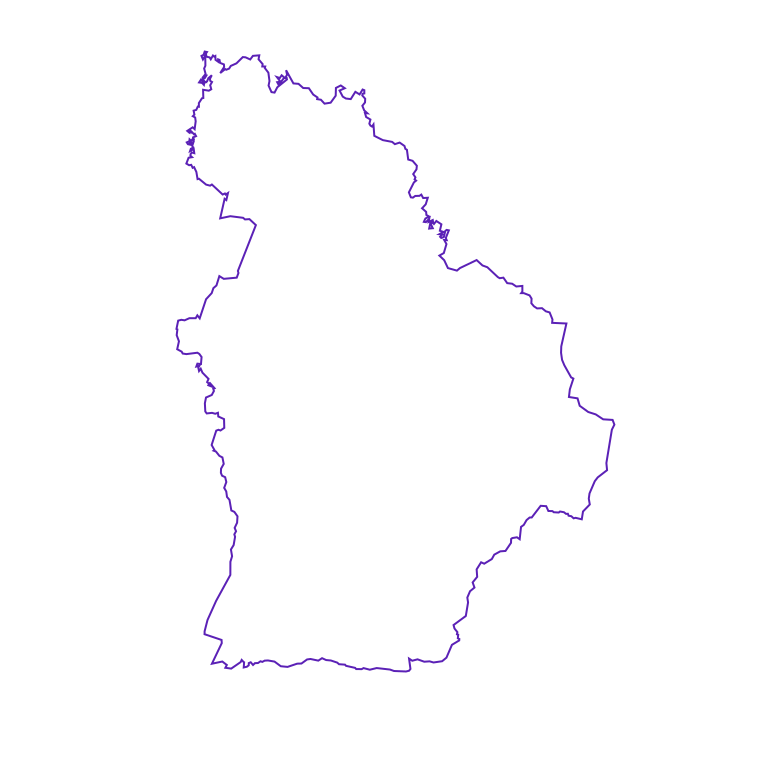 outline of Suciu De Sus, Maramures, Romania, rotated 279°
{"feature_id": "2599482B58467400013366", "entity_name": "Suciu De Sus", "entity_type": "district", "adm_level": 2, "iso_a3": "ROU", "parent_name": "Romania", "parent_adm1": "Maramures", "projection": "robinson", "projection_center": [24.066, 47.421], "detail": "fine", "context": "isolated", "style": "outline", "palette": "violet", "viewbox_px": 768, "rotation_deg": 279, "n_neighbors": 0, "source": "geoboundaries", "source_scale": "gbopen_adm2", "svg_char_len": 6134}
<svg xmlns="http://www.w3.org/2000/svg" viewBox="0 0 768 768"><g transform="rotate(279 384 384)"><path d="M340.7,616.0L374.5,616.2L379.9,617.9L384.3,615.4L383.4,606.0L387.1,597.9L388.3,590.1L393.1,580.7L400.1,577.4L400.1,568.7L407.8,568.4L419.0,570.2L419.8,567.8L430.7,559.2L435.7,556.1L442.5,554.0L448.9,553.2L472.3,554.7L470.7,540.5L474.1,540.3L480.6,536.4L481.1,532.5L483.6,528.2L482.6,523.4L484.2,519.9L486.8,516.9L491.4,516.4L494.3,513.9L495.6,507.9L495.2,505.3L497.0,506.2L502.5,505.3L501.0,499.4L503.1,494.9L502.9,489.9L507.7,485.3L506.6,481.7L507.4,479.7L515.5,467.8L516.5,462.7L520.9,456.1L510.4,440.9L507.4,438.3L508.5,429.0L515.7,424.1L519.5,418.6L522.7,422.6L532.0,423.8L535.7,420.9L535.9,423.4L537.9,422.2L545.9,424.0L546.0,421.8L544.8,420.6L538.6,420.1L537.2,417.7L538.2,416.4L540.7,418.2L540.6,415.2L543.5,419.0L544.1,415.2L550.7,415.7L553.2,410.2L549.9,408.3L551.1,406.9L549.5,405.1L545.5,407.8L544.6,404.3L551.2,404.6L552.0,407.0L553.6,406.5L551.0,402.7L554.4,402.8L550.4,400.1L550.4,398.0L553.9,399.0L556.5,402.3L557.6,399.4L560.6,398.7L563.5,394.1L568.0,397.1L574.8,398.1L573.8,393.6L576.9,391.2L575.4,389.6L574.6,385.4L572.6,383.4L572.6,381.3L577.2,378.6L587.8,382.0L589.9,383.9L590.9,382.2L593.0,382.7L595.9,380.0L601.1,382.5L604.7,382.3L608.9,377.3L609.5,372.8L618.9,370.0L619.6,368.3L622.3,367.0L624.9,361.7L622.6,357.2L624.4,354.2L624.7,344.7L627.6,335.6L638.7,333.0L636.4,331.9L637.1,330.2L638.8,328.8L643.1,329.2L644.9,324.6L648.7,322.8L648.8,325.2L651.2,321.6L655.4,319.1L659.1,321.2L662.8,320.8L665.6,317.4L667.3,317.5L667.9,319.1L671.1,318.6L671.5,316.8L666.2,314.6L668.1,310.0L660.2,306.6L660.0,301.7L661.4,298.3L666.9,294.2L670.0,299.0L672.1,294.6L668.9,290.2L661.2,291.2L653.5,287.3L651.6,281.4L654.9,277.2L654.9,273.4L656.6,273.5L658.8,268.8L664.4,263.5L663.7,257.9L667.1,252.6L666.7,247.5L678.6,238.2L674.3,239.9L671.5,238.8L671.0,237.8L672.9,234.6L669.9,233.2L670.4,230.2L666.4,234.4L665.4,231.3L662.9,233.2L670.4,237.2L671.0,240.0L669.6,240.5L660.4,232.2L654.7,230.3L654.7,227.2L660.7,223.3L665.3,223.5L673.4,221.1L677.5,216.8L679.0,217.0L678.6,214.1L681.0,214.1L685.1,209.3L689.1,209.4L687.6,203.2L683.6,201.1L685.0,196.1L684.8,193.4L677.6,188.1L674.2,182.9L671.3,181.7L669.7,179.0L670.2,177.9L665.5,173.6L672.1,176.5L674.6,175.9L675.5,171.9L678.4,170.8L678.7,169.4L676.4,169.7L677.8,166.9L681.6,166.1L680.8,165.1L681.7,163.7L677.6,162.1L679.3,160.7L679.5,157.5L682.4,156.4L684.2,157.2L684.3,154.9L680.9,154.3L679.5,152.4L676.2,154.4L680.4,156.1L670.4,157.8L667.5,157.0L662.3,159.3L657.7,156.6L659.0,158.6L660.8,159.0L660.9,160.3L658.2,159.2L656.8,157.2L654.4,159.9L654.4,157.4L656.0,155.6L652.9,154.2L652.9,157.3L651.3,159.3L653.1,159.3L655.2,161.9L658.6,162.7L662.0,165.6L658.0,164.3L656.1,165.1L655.4,166.9L651.9,165.6L648.1,167.3L646.3,165.1L646.3,159.3L638.2,160.8L637.7,159.5L632.5,157.2L628.9,157.8L628.9,156.7L625.4,155.7L624.2,153.2L620.4,154.6L618.6,153.3L617.7,155.8L614.0,156.9L606.1,157.1L607.6,154.9L603.2,150.1L601.8,152.4L603.8,153.1L602.3,154.1L603.1,154.5L600.9,157.3L601.5,158.0L599.4,159.6L597.7,156.8L596.1,157.0L596.0,158.7L594.7,155.7L593.6,156.3L594.8,156.3L593.9,158.1L591.4,157.7L592.3,155.9L590.6,155.9L591.0,154.2L594.2,155.1L595.2,153.7L593.3,153.8L591.8,151.4L590.2,152.8L589.9,157.3L587.6,158.0L588.0,159.5L586.1,156.4L583.7,156.0L586.3,159.3L582.3,160.5L582.6,158.0L580.9,157.0L579.2,157.1L578.0,158.9L576.9,155.6L570.8,154.3L569.6,157.3L570.3,159.3L567.6,161.2L568.5,162.5L564.1,165.5L557.2,167.8L557.8,169.1L553.1,177.1L552.7,181.2L554.1,182.8L545.9,195.0L547.3,197.1L546.3,198.0L548.2,200.0L541.0,199.5L542.0,197.6L522.0,196.3L525.7,206.0L526.1,218.8L524.8,221.0L525.8,225.3L520.9,232.6L472.8,222.0L470.9,222.9L466.0,221.9L462.8,209.3L464.8,204.5L455.1,203.1L452.0,200.5L446.8,199.6L439.9,195.0L420.0,191.7L422.6,188.9L419.5,187.7L418.5,181.4L415.7,177.1L415.7,173.8L414.4,170.8L405.9,170.4L405.6,171.4L399.8,171.6L394.1,174.8L386.0,174.3L384.3,179.1L382.6,180.4L382.6,184.1L385.7,194.8L384.8,196.9L382.1,199.6L375.1,200.1L374.9,196.5L371.9,195.9L373.2,198.8L371.1,198.0L367.9,199.3L370.4,200.6L366.8,202.9L361.6,209.9L358.2,209.0L356.8,211.3L355.3,210.7L354.7,213.4L358.3,211.2L353.3,217.3L352.6,216.1L350.5,217.1L346.2,215.6L342.8,210.3L336.9,210.1L328.9,211.8L327.2,213.5L328.6,218.7L328.2,222.0L329.6,224.5L326.0,225.4L324.3,231.5L315.7,233.1L312.5,229.8L312.9,227.7L311.7,225.6L296.8,223.3L292.2,226.9L291.5,226.2L291.0,228.6L287.3,232.6L286.2,235.9L280.0,238.2L274.9,236.3L270.7,236.8L268.1,238.4L267.1,241.7L262.5,243.6L256.4,242.4L253.2,245.0L247.9,246.6L245.4,249.5L235.2,253.0L234.3,256.2L230.4,260.0L224.0,260.6L218.5,259.0L215.4,260.9L212.1,259.7L209.8,260.8L201.4,260.7L196.6,258.7L190.1,260.9L184.4,260.1L171.4,262.1L143.5,252.1L123.3,246.6L111.7,245.5L108.8,245.9L105.8,263.6L102.7,264.3L80.8,257.8L84.6,267.7L81.9,272.7L78.9,271.7L79.0,277.6L86.9,285.9L89.2,286.6L87.3,289.0L88.0,289.3L82.1,289.8L83.3,292.8L85.0,294.4L87.2,294.1L88.3,295.9L86.0,298.6L88.1,300.2L88.7,303.2L90.8,305.4L90.5,307.3L92.1,309.4L92.8,312.7L92.7,319.3L89.1,326.2L89.5,333.0L94.2,342.0L95.0,346.2L99.9,351.1L100.9,354.4L100.5,362.4L103.5,365.7L102.3,370.0L102.6,374.8L101.5,381.4L100.2,383.4L100.7,389.4L99.7,390.6L99.1,399.9L98.1,401.1L98.9,406.6L100.2,408.2L99.6,414.7L102.3,421.2L102.9,434.5L102.1,438.8L103.5,450.7L104.7,453.6L106.7,454.7L116.7,451.7L115.1,455.2L117.3,460.2L116.0,467.2L117.2,472.4L116.7,476.5L119.3,484.8L123.5,488.5L137.0,491.9L142.5,498.4L143.9,498.3L144.4,496.7L148.0,496.5L148.2,495.2L150.4,495.3L153.5,491.9L156.8,490.4L167.7,501.1L181.4,501.2L186.1,499.7L192.8,501.4L197.1,505.2L201.9,502.6L208.1,506.2L215.4,504.5L223.1,507.8L222.2,511.1L228.0,517.9L232.7,519.6L236.9,525.0L238.1,530.1L247.0,534.3L250.8,533.8L251.9,534.8L253.4,539.3L251.9,542.3L264.3,541.7L266.7,544.1L271.9,546.1L274.9,548.7L275.3,550.8L288.2,557.8L288.7,563.3L284.3,566.2L284.8,570.3L283.9,571.7L284.4,576.7L285.6,577.8L285.5,581.8L284.2,584.1L284.6,585.9L282.8,586.9L282.7,589.7L281.0,592.3L281.8,594.2L281.3,600.5L289.2,600.5L297.2,606.1L302.8,604.2L308.1,604.1L321.0,607.4L325.2,609.7L333.8,617.8L340.7,616.0Z" fill="none" stroke="#5b21b6" stroke-width="2"/></g></svg>